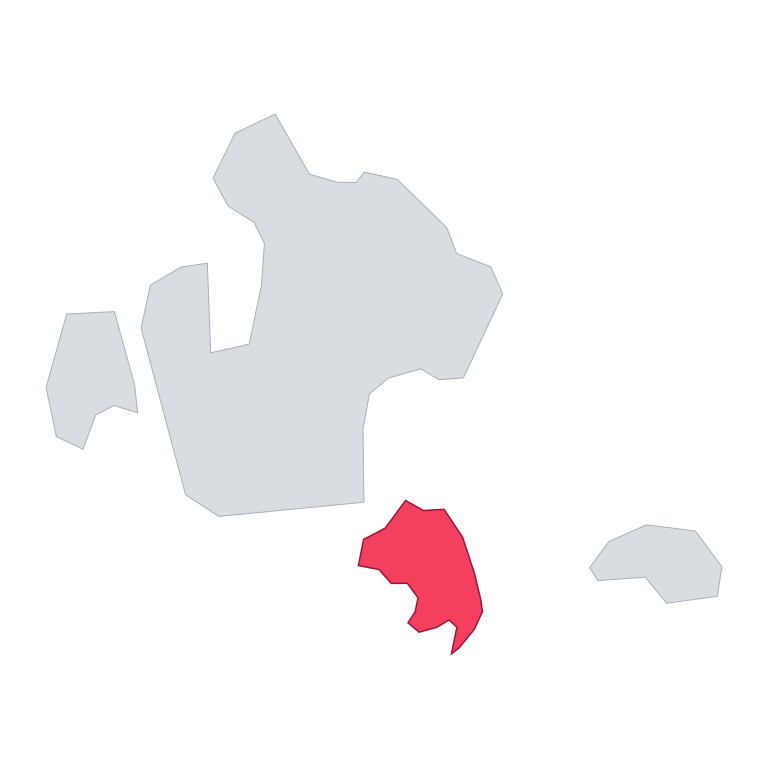 Aland, with Lemland highlighted
{"feature_id": "ALD-4818", "entity_name": "Lemland", "entity_type": "state/province", "adm_level": 1, "iso_a3": "ALA", "parent_name": "Aland", "parent_adm1": "", "projection": "orthographic", "projection_center": [20.133, 60.033], "detail": "fine", "context": "in_parent", "style": "filled", "palette": "rose", "viewbox_px": 768, "rotation_deg": 0, "n_neighbors": 0, "source": "natural_earth", "source_scale": "10m", "svg_char_len": 1103}
<svg xmlns="http://www.w3.org/2000/svg" viewBox="0 0 768 768"><path d="M337.1,182.2L355.9,182.6L364.3,172.1L397.2,179.4L446.7,227.5L456.7,253.6L490.8,266.9L502.8,293.8L463.3,378.0L438.9,379.6L420.6,368.9L388.3,378.1L369.4,394.0L363.0,429.0L363.9,502.2L218.8,516.4L185.6,494.8L141.1,328.0L150.4,285.1L181.1,267.0L207.3,263.2L210.7,352.8L249.2,344.1L261.5,285.1L264.4,243.5L254.1,222.5L228.1,206.1L213.1,178.1L235.0,133.3L275.1,114.1L309.5,174.2L337.1,182.2ZM134.6,384.9L137.6,412.8L114.0,405.6L95.7,415.0L83.1,449.2L56.4,436.7L46.1,387.4L66.7,314.0L114.4,311.6L134.6,384.9ZM721.9,566.8L717.2,596.3L666.6,603.2L645.2,577.1L597.9,580.6L589.6,567.6L609.1,541.4L646.5,524.8L695.5,531.1L721.9,566.8Z" fill="#d9dde1" stroke="#a8b0b8" stroke-width="1"/><path d="M363.6,539.4L385.1,528.2L405.6,500.5L423.4,510.5L444.0,509.3L462.5,537.0L474.6,573.8L480.8,599.9L482.5,611.6L474.2,629.4L459.2,647.8L451.4,653.9L456.9,627.2L449.1,620.0L436.9,627.2L419.1,632.2L408.0,622.8L415.2,611.7L418.0,597.8L407.4,583.3L391.3,583.4L379.0,569.5L358.4,565.6L363.6,539.4Z" fill="#f43f5e" stroke="#9f1239" stroke-width="1.5"/></svg>